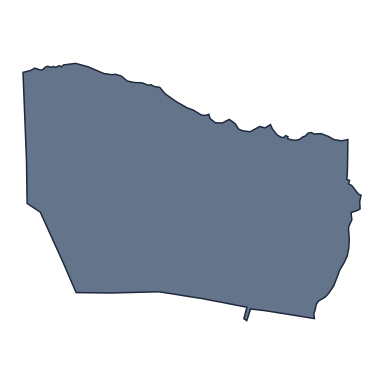 West Honiara, Guadalcanal, Solomon Islands (Equal Earth projection)
{"feature_id": "97153195B79685360325521", "entity_name": "West Honiara", "entity_type": "district", "adm_level": 2, "iso_a3": "SLB", "parent_name": "Solomon Islands", "parent_adm1": "Guadalcanal", "projection": "equal_earth", "projection_center": [159.939, -9.433], "detail": "fine", "context": "isolated", "style": "filled", "palette": "slate", "viewbox_px": 384, "rotation_deg": 0, "n_neighbors": 0, "source": "geoboundaries", "source_scale": "gbopen_adm2", "svg_char_len": 1495}
<svg xmlns="http://www.w3.org/2000/svg" viewBox="0 0 384 384"><path d="M347.9,139.6L341.6,140.8L334.0,139.6L328.8,136.6L320.9,133.6L314.2,134.0L311.2,132.5L307.8,133.2L305.6,135.9L302.8,136.9L299.2,139.6L294.9,140.3L290.7,139.7L287.5,138.5L287.9,136.6L285.5,135.6L284.0,137.5L281.2,137.3L277.3,135.1L272.4,129.0L270.5,124.6L265.0,127.9L259.7,126.5L253.6,129.8L250.1,131.8L242.3,130.7L238.4,128.9L235.3,123.8L229.3,119.4L222.1,123.0L215.3,122.8L210.0,118.4L208.9,114.3L205.0,115.5L201.4,115.0L193.2,110.1L186.7,107.6L176.0,101.5L165.0,93.7L161.3,89.2L159.8,87.4L154.0,86.4L150.9,84.7L148.2,85.3L145.2,84.0L142.3,82.9L134.3,82.5L127.2,81.0L121.2,76.0L115.5,74.3L111.9,74.7L103.8,73.5L87.8,66.7L75.7,63.4L69.8,64.1L63.7,64.9L61.4,66.8L59.2,65.7L55.2,67.5L53.4,66.4L51.7,67.3L47.5,66.3L45.4,67.1L42.9,69.5L40.8,70.1L34.7,68.1L30.8,70.4L23.0,72.4L23.8,92.4L26.5,161.0L27.1,203.4L40.3,212.2L63.6,263.6L76.1,292.6L110.4,293.0L158.4,291.8L160.5,292.0L194.3,297.4L201.1,298.4L234.9,304.9L246.9,307.2L243.9,318.7L246.8,320.6L250.6,309.0L264.6,310.6L300.4,316.3L314.4,318.6L313.8,313.4L315.0,310.3L316.2,304.6L318.4,301.1L320.3,300.0L325.2,297.1L328.6,293.4L333.6,286.1L338.1,274.6L339.3,270.9L344.2,262.5L345.7,259.3L347.2,256.1L348.8,248.2L349.3,239.0L348.5,229.1L348.9,226.2L351.9,219.7L351.0,212.6L357.6,210.4L360.1,208.9L359.7,201.8L361.0,195.1L358.6,194.3L351.7,185.5L348.6,183.9L349.6,180.4L346.8,179.5L347.1,176.6L347.5,168.5L347.9,139.6Z" fill="#64748b" stroke="#1e293b" stroke-width="1.5"/></svg>